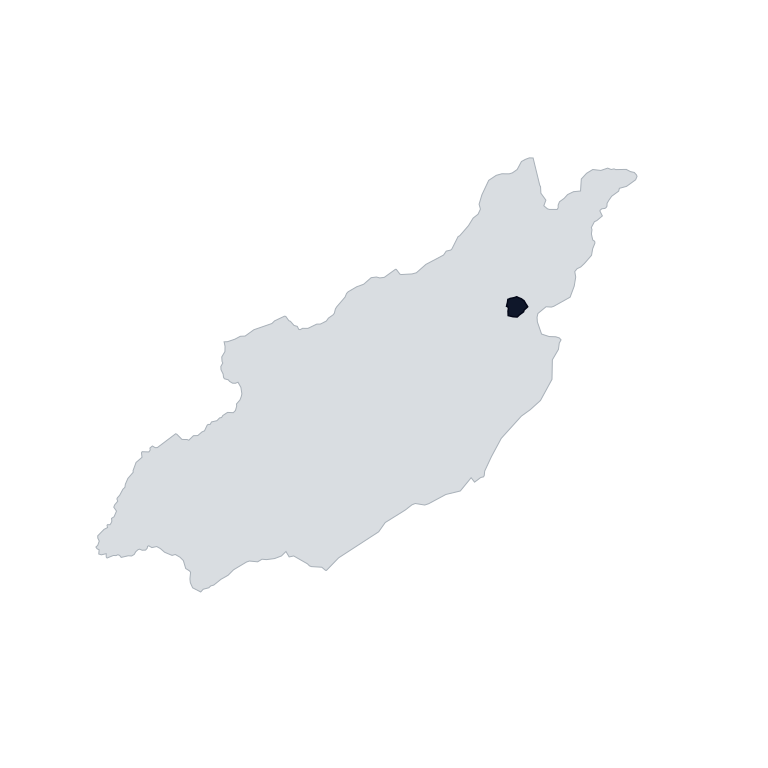 Delgerex, Dornogovi, Mongolia shown in context, rotated 320°
{"feature_id": "93677404B19423988530826", "entity_name": "Delgerex", "entity_type": "district", "adm_level": 2, "iso_a3": "MNG", "parent_name": "Mongolia", "parent_adm1": "Dornogovi", "projection": "robinson", "projection_center": [111.393, 45.854], "detail": "fine", "context": "in_parent", "style": "filled", "palette": "ink", "viewbox_px": 768, "rotation_deg": 320, "n_neighbors": 0, "source": "geoboundaries", "source_scale": "gbopen_adm2", "svg_char_len": 4296}
<svg xmlns="http://www.w3.org/2000/svg" viewBox="0 0 768 768"><g transform="rotate(320 384 384)"><path d="M58.5,323.7L61.0,323.6L64.9,321.3L65.7,318.1L67.1,316.3L76.1,315.4L80.0,316.3L80.9,314.3L81.7,314.0L83.7,315.7L85.8,315.0L87.3,314.2L88.9,311.8L91.9,312.2L97.4,309.4L97.8,304.7L99.9,303.5L104.7,302.6L105.5,300.4L106.6,299.8L110.1,299.3L116.3,296.8L119.1,296.6L121.5,294.5L127.1,291.7L135.2,290.4L136.0,289.1L143.7,284.7L151.5,284.6L154.0,280.8L155.2,280.4L160.2,284.9L162.5,284.3L163.5,282.6L166.7,282.6L167.8,285.7L169.5,287.0L192.4,288.2L193.0,289.3L193.6,296.6L197.5,300.0L198.3,301.6L204.8,301.1L208.2,303.8L213.7,303.7L216.4,304.5L222.0,301.9L223.3,301.9L224.8,303.2L227.5,302.2L232.4,304.7L236.3,304.3L238.0,305.3L240.4,304.5L245.9,305.2L250.1,309.1L253.2,308.8L257.0,306.2L258.1,304.5L263.5,303.6L266.7,301.8L268.8,300.2L272.2,294.6L273.3,288.8L270.6,287.9L268.5,286.0L267.4,282.8L267.4,280.7L265.1,277.4L265.4,275.7L267.2,272.9L268.3,268.3L270.3,265.7L274.0,264.3L274.5,262.5L277.1,259.0L283.0,256.9L286.5,252.9L288.6,248.9L291.3,251.0L298.5,253.8L304.6,255.1L308.4,258.0L319.2,258.8L337.0,265.6L340.8,265.3L351.4,268.1L352.2,269.1L351.8,274.3L352.6,275.8L352.7,281.3L354.6,284.1L353.8,287.5L354.8,288.5L357.4,289.0L361.5,292.5L371.0,294.9L373.8,297.2L380.3,298.7L383.8,297.8L389.3,298.3L391.4,297.9L395.0,295.3L397.3,294.5L410.0,292.4L413.5,290.6L415.9,290.3L425.7,292.0L432.5,294.5L442.5,294.3L447.0,297.2L448.9,300.0L452.8,302.5L466.5,303.5L467.1,304.1L466.8,310.1L467.4,311.1L476.2,317.7L480.3,319.6L493.0,319.3L512.5,323.5L517.1,322.2L521.2,324.3L522.8,324.2L535.5,318.7L537.4,319.1L550.5,317.0L558.9,314.2L565.2,314.4L570.3,312.0L572.4,307.4L580.6,302.0L595.1,295.3L604.1,296.3L609.4,298.7L615.0,303.5L618.1,304.8L623.9,305.3L632.3,301.9L636.7,302.8L640.7,304.2L643.5,306.7L631.0,332.0L630.8,333.4L626.8,338.7L626.2,347.2L621.0,350.2L621.8,354.9L623.0,356.7L628.9,361.6L630.8,360.9L632.4,358.9L635.6,357.2L641.4,357.6L646.4,356.9L652.8,358.5L658.6,362.5L666.9,353.8L674.6,352.8L681.8,353.9L687.4,359.8L694.1,362.4L695.9,365.7L698.5,367.1L699.3,368.7L707.5,375.3L709.3,379.7L711.7,382.8L711.8,386.1L711.3,387.6L708.0,389.3L696.8,388.5L690.1,385.4L687.7,387.1L679.1,386.5L674.3,387.8L671.0,389.0L669.1,391.1L667.6,391.6L666.1,391.5L663.5,389.8L661.3,389.8L660.6,390.2L659.3,395.6L652.0,395.6L649.5,394.9L643.4,397.4L642.5,399.5L639.3,402.4L636.5,407.8L637.1,410.1L636.2,411.6L630.8,414.5L625.7,418.8L615.0,420.5L609.9,420.8L606.1,419.8L602.4,420.5L599.6,425.3L592.6,431.3L582.4,437.1L564.0,433.6L561.7,432.7L557.8,429.0L547.2,428.9L544.1,431.3L541.4,435.0L536.8,447.0L541.0,453.8L545.9,458.2L547.9,461.4L548.0,464.0L544.6,465.3L539.9,469.6L528.5,473.7L515.7,488.4L493.3,497.2L479.5,497.7L468.6,496.9L438.9,501.0L419.6,508.7L405.2,515.4L402.0,518.5L400.6,519.1L398.0,517.8L390.3,517.4L390.5,511.8L373.7,515.0L360.4,508.4L341.2,504.4L337.4,502.9L331.1,495.6L327.7,494.5L319.2,494.2L295.9,490.9L284.9,493.8L237.5,488.0L220.1,489.8L219.4,489.1L218.6,484.4L211.0,477.2L210.0,475.4L209.8,472.6L204.3,457.7L200.2,455.5L201.2,449.3L194.9,449.8L188.0,447.4L181.1,443.0L177.9,439.8L172.9,439.0L167.1,433.1L164.3,432.0L149.3,429.6L141.6,430.3L133.6,428.8L124.3,428.6L121.5,427.3L118.8,427.5L113.6,425.0L109.9,425.5L106.4,417.1L107.9,411.8L110.0,408.6L114.8,403.9L114.9,402.2L113.5,397.9L116.8,390.3L116.4,385.6L114.5,380.4L111.5,379.1L107.8,371.9L106.9,366.3L105.4,362.4L101.0,360.1L99.8,356.7L98.4,356.4L97.3,357.5L94.6,358.0L91.9,355.9L90.6,353.4L89.0,352.8L86.0,352.9L83.1,354.0L80.1,353.5L77.7,351.2L71.2,347.9L71.3,345.4L70.4,343.7L68.4,343.2L66.5,341.4L60.0,339.3L60.0,338.0L62.1,335.4L57.7,333.2L56.2,330.9L59.2,327.9L58.3,325.8L58.5,323.7Z" fill="#d9dde1" stroke="#a8b0b8" stroke-width="1"/><path d="M529.1,418.3L529.6,418.3L531.0,418.2L531.8,418.1L537.3,418.4L537.5,418.2L537.8,418.1L538.1,417.9L538.3,417.8L538.5,417.6L538.8,417.4L539.0,417.4L542.4,417.3L543.7,417.2L544.0,415.5L544.1,414.6L544.1,414.2L544.8,410.1L544.6,409.4L544.3,408.5L544.1,407.2L543.9,406.8L542.8,404.8L542.3,403.8L541.8,402.5L540.5,402.0L539.6,401.7L537.9,400.8L536.6,400.1L535.6,399.5L534.6,399.3L533.3,398.8L531.0,400.9L529.4,402.0L528.8,402.5L527.8,403.3L528.5,404.1L528.0,406.0L525.8,407.9L524.9,409.1L523.1,411.4L526.0,415.3L529.1,418.3Z" fill="#0f172a" stroke="#020617" stroke-width="1.5"/></g></svg>